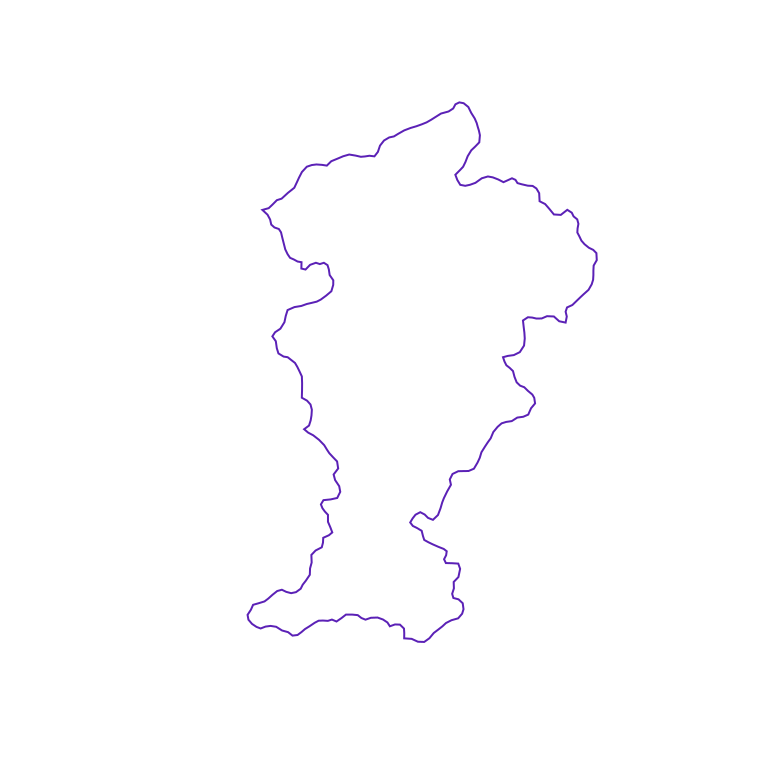 outline of Felisburgo, Minas Gerais, Brazil, rotated 38°
{"feature_id": "56859067B92479640908697", "entity_name": "Felisburgo", "entity_type": "district", "adm_level": 2, "iso_a3": "BRA", "parent_name": "Brazil", "parent_adm1": "Minas Gerais", "projection": "robinson", "projection_center": [-40.724, -16.662], "detail": "fine", "context": "isolated", "style": "outline", "palette": "violet", "viewbox_px": 768, "rotation_deg": 38, "n_neighbors": 0, "source": "geoboundaries", "source_scale": "gbopen_adm2", "svg_char_len": 4365}
<svg xmlns="http://www.w3.org/2000/svg" viewBox="0 0 768 768"><g transform="rotate(38 384 384)"><path d="M574.5,562.5L576.3,556.4L576.5,549.6L577.9,544.3L579.2,539.1L580.0,534.2L582.6,528.6L586.7,523.0L587.0,516.9L585.3,512.5L581.0,508.3L575.3,507.8L570.4,509.9L566.9,507.4L564.9,502.0L560.8,497.1L561.5,490.3L557.8,482.8L553.1,479.8L548.0,483.3L543.0,487.0L539.2,485.1L538.4,480.7L536.4,477.2L532.6,477.2L527.2,478.8L520.9,480.4L516.2,481.4L511.7,482.1L508.3,479.8L504.1,476.5L498.4,477.2L494.1,478.1L489.9,477.0L489.3,472.3L489.3,467.6L491.5,462.7L496.4,461.8L501.1,462.4L506.2,460.9L507.2,454.0L505.0,447.0L502.8,441.5L501.5,437.2L499.9,429.7L498.8,422.2L494.6,418.7L493.4,412.7L496.2,407.0L500.1,403.8L504.2,400.5L507.0,395.4L506.1,388.4L504.9,383.2L502.8,377.8L502.1,371.1L501.7,366.2L501.5,361.1L499.7,354.5L499.9,347.8L500.9,342.6L503.6,338.7L507.5,334.6L509.7,328.4L513.9,324.1L516.5,319.3L514.8,312.6L515.0,306.3L510.9,302.4L507.4,301.0L501.7,300.8L496.5,300.2L492.3,301.5L487.5,301.0L482.4,298.0L477.7,294.4L473.0,293.9L468.9,293.9L465.1,292.1L461.3,289.6L464.3,285.6L468.5,281.3L471.4,275.3L470.7,267.5L466.9,261.5L463.0,257.1L459.0,253.1L454.4,248.4L456.3,242.8L459.9,240.4L463.8,238.6L467.9,235.3L470.7,230.2L476.3,226.2L483.4,226.7L489.3,223.8L486.5,218.3L482.6,215.2L481.1,211.0L483.8,205.8L484.8,198.6L485.4,194.4L486.1,190.0L487.2,183.9L486.3,177.6L484.6,173.1L481.9,169.2L479.1,165.6L476.3,161.6L475.4,155.4L470.8,150.1L466.3,149.5L461.6,150.5L456.0,150.4L451.3,149.5L447.1,147.4L443.1,145.6L440.8,142.3L438.6,138.1L434.9,135.3L430.2,135.2L426.5,133.4L421.2,133.9L419.2,141.9L413.5,145.8L406.4,144.2L400.2,143.0L394.1,144.2L388.8,138.1L383.7,136.1L379.2,136.4L375.2,139.2L369.4,141.9L365.5,143.5L361.9,142.2L358.2,143.1L356.3,146.8L353.9,151.4L348.1,152.5L342.5,154.2L338.1,156.5L334.4,161.7L332.2,169.2L329.1,174.1L326.0,177.8L321.5,180.1L316.2,178.1L311.4,175.2L312.2,168.5L312.6,164.1L311.5,158.9L309.7,153.0L308.9,146.1L309.7,140.7L310.3,134.9L306.4,128.9L302.8,125.9L299.5,123.6L296.4,121.3L292.0,118.9L285.9,116.7L279.9,113.8L273.9,113.7L270.0,115.7L268.1,119.6L268.9,124.3L267.1,129.5L262.4,135.8L260.1,142.2L258.5,146.7L256.5,151.6L253.9,156.1L250.8,161.0L247.3,165.9L243.8,171.7L241.2,178.0L239.4,182.8L236.3,186.5L234.1,192.1L234.1,198.6L236.3,204.9L236.3,210.5L232.0,213.1L228.9,216.4L225.9,219.2L221.0,221.5L215.3,224.6L211.6,229.7L208.6,235.1L205.3,240.9L204.5,247.1L200.2,249.5L195.6,252.6L192.3,255.9L189.4,260.3L188.8,267.5L190.0,273.8L191.1,278.4L192.5,284.6L190.6,292.6L189.2,301.0L186.4,305.1L185.7,311.1L184.9,316.4L181.0,321.7L188.0,322.3L193.0,324.5L197.0,327.8L201.3,328.1L205.7,326.6L209.5,327.9L213.5,331.1L218.0,334.6L223.3,338.7L228.2,341.1L232.3,342.4L236.2,341.4L240.5,340.7L244.0,338.8L247.8,343.9L251.7,342.1L252.4,335.6L255.7,330.4L259.6,329.0L262.0,325.5L266.3,325.1L269.9,327.6L274.1,331.6L280.2,333.5L283.0,337.2L285.4,343.3L284.0,350.0L282.2,356.4L280.3,360.5L276.9,364.8L273.9,368.5L270.8,373.4L266.1,378.5L262.5,385.1L264.7,390.9L267.5,396.6L268.3,404.2L266.3,410.3L266.7,415.2L272.4,416.9L277.5,421.8L282.0,424.9L288.0,424.2L291.6,422.2L295.5,422.2L300.9,422.2L305.2,423.9L309.1,425.8L314.6,428.6L318.9,433.7L323.2,439.3L327.7,445.4L333.6,444.5L338.7,445.4L343.0,448.7L346.2,453.4L348.6,457.8L350.5,462.9L348.9,468.8L354.2,469.0L359.8,468.0L367.2,468.0L374.5,469.0L379.6,470.9L383.5,472.2L388.4,473.0L394.7,473.9L399.9,478.8L400.0,486.3L404.6,489.8L411.6,492.1L415.9,495.9L417.3,502.6L413.0,507.8L407.8,512.8L408.4,517.7L412.0,519.8L415.9,520.9L420.4,521.6L424.7,527.1L430.0,530.0L434.6,532.8L433.7,537.1L430.8,542.6L433.6,546.6L435.5,551.0L432.6,557.3L432.0,563.4L436.9,569.2L439.3,574.9L443.0,580.0L443.5,587.2L443.5,592.2L444.4,596.6L442.8,602.2L439.6,606.0L434.9,608.0L430.2,609.0L427.3,612.9L425.9,618.8L424.9,624.4L423.7,628.9L420.0,634.2L416.8,638.6L418.1,643.8L418.6,649.9L422.3,653.2L427.7,654.3L433.1,653.9L437.3,652.6L440.0,648.1L443.5,644.5L448.5,641.7L455.4,641.0L461.2,638.6L466.8,638.6L470.4,635.0L471.7,630.3L472.6,625.8L474.4,620.9L476.4,614.8L478.2,610.8L481.5,608.0L485.6,605.2L488.0,601.7L492.8,600.4L494.6,594.7L496.0,589.1L500.9,585.3L505.6,582.3L510.3,582.3L514.5,581.1L517.6,576.3L522.7,572.0L528.2,570.2L533.5,569.8L537.8,571.3L540.7,566.7L544.7,563.8L550.3,564.4L553.3,567.8L556.5,572.0L562.7,567.8L569.4,566.2L574.5,562.5Z" fill="none" stroke="#5b21b6" stroke-width="2"/></g></svg>